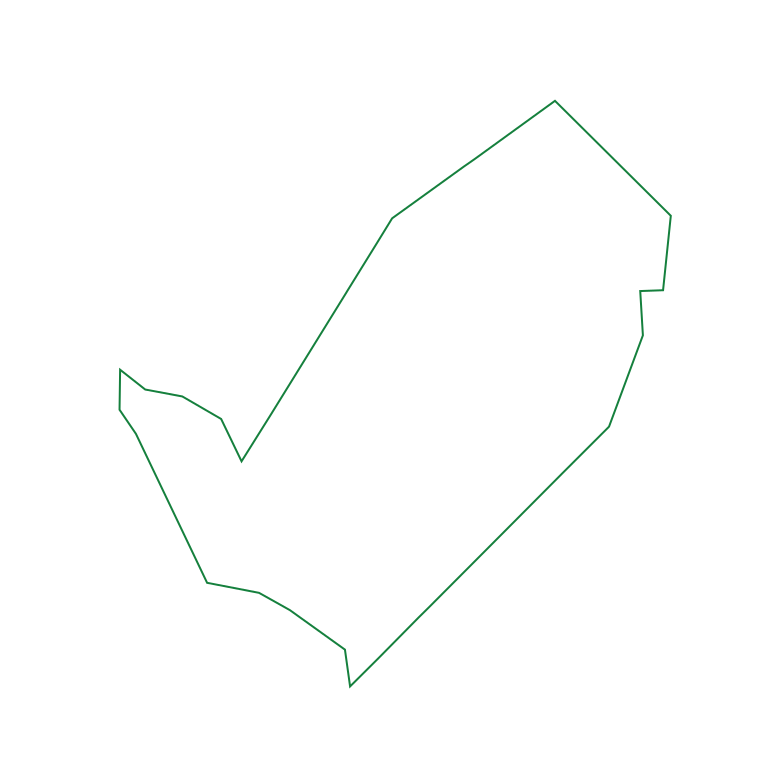 Rockdale, Georgia, United States of America (Albers equal-area conic projection), rotated 8°
{"feature_id": "52423323B37962982685185", "entity_name": "Rockdale", "entity_type": "district", "adm_level": 2, "iso_a3": "USA", "parent_name": "United States of America", "parent_adm1": "Georgia", "projection": "albers", "projection_center": [-84.038, 33.656], "detail": "fine", "context": "isolated", "style": "outline", "palette": "green", "viewbox_px": 768, "rotation_deg": 8, "n_neighbors": 0, "source": "geoboundaries", "source_scale": "gbopen_adm2", "svg_char_len": 570}
<svg xmlns="http://www.w3.org/2000/svg" viewBox="0 0 768 768"><g transform="rotate(8 384 384)"><path d="M513.9,79.8L442.5,148.6L432.9,157.5L369.0,218.8L356.3,247.9L334.3,297.9L334.2,298.2L276.0,430.5L253.7,480.4L227.6,441.3L186.0,424.4L148.3,422.7L120.7,406.6L125.7,446.3L145.3,467.9L236.5,605.5L289.3,608.2L322.2,621.0L382.3,652.5L392.5,688.2L416.6,656.4L450.7,610.5L458.8,599.9L501.3,543.3L528.0,507.7L573.2,447.4L612.2,395.7L612.8,394.8L633.6,299.8L624.8,256.3L647.3,252.3L644.6,177.5L643.0,176.3L513.9,79.8Z" fill="none" stroke="#15803d" stroke-width="2"/></g></svg>